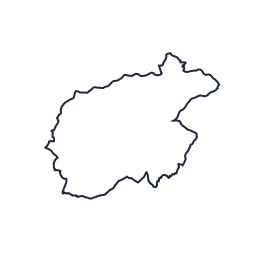 Lazareni, Bihor, Romania, rotated 36°
{"feature_id": "2599482B97627536391850", "entity_name": "Lazareni", "entity_type": "district", "adm_level": 2, "iso_a3": "ROU", "parent_name": "Romania", "parent_adm1": "Bihor", "projection": "albers", "projection_center": [22.063, 46.86], "detail": "fine", "context": "isolated", "style": "outline", "palette": "slate", "viewbox_px": 256, "rotation_deg": 36, "n_neighbors": 0, "source": "geoboundaries", "source_scale": "gbopen_adm2", "svg_char_len": 5834}
<svg xmlns="http://www.w3.org/2000/svg" viewBox="0 0 256 256"><g transform="rotate(36 128 128)"><path d="M114.5,218.7L114.4,218.2L114.1,217.9L114.1,217.7L116.2,217.2L116.9,216.9L117.4,216.2L118.1,215.7L118.3,216.0L119.3,215.5L121.6,215.2L122.0,215.3L122.2,215.0L122.6,214.9L122.9,215.1L123.2,214.7L124.4,214.1L124.9,213.6L125.2,213.7L125.8,213.5L126.2,213.2L126.5,213.3L126.5,213.2L126.4,212.9L127.2,212.8L127.7,213.1L128.3,212.9L130.0,210.7L130.5,210.2L132.6,209.3L134.3,209.2L135.0,208.6L135.7,208.3L138.4,207.6L140.1,206.3L141.4,204.1L142.7,202.5L142.7,201.9L143.1,201.6L144.7,199.6L144.7,199.2L145.6,198.6L146.0,197.9L147.8,196.3L148.6,195.4L148.6,195.1L148.5,194.8L148.8,194.3L148.7,194.0L149.3,191.6L149.7,188.9L150.3,188.0L151.5,185.1L151.4,184.6L151.4,183.6L151.6,182.7L151.3,182.4L151.1,181.3L151.4,180.8L151.4,179.2L151.4,177.8L151.5,177.4L151.6,176.3L151.8,175.8L152.0,175.7L152.4,175.2L154.4,171.4L155.1,169.8L155.8,167.9L158.3,168.0L158.7,167.8L159.8,166.6L163.5,166.6L168.2,166.2L169.7,158.1L169.6,157.6L168.8,153.1L169.1,153.0L170.0,153.3L170.6,153.9L171.7,154.5L172.7,155.5L172.9,155.8L173.0,156.2L175.2,158.1L175.7,158.8L176.2,159.0L176.7,158.9L177.5,159.2L178.3,159.8L179.3,159.8L179.7,159.5L180.4,159.6L181.7,159.9L182.2,159.9L183.3,160.3L183.3,160.5L183.9,160.4L184.2,160.0L185.2,159.4L185.4,158.4L185.4,158.0L185.0,157.1L184.7,156.7L184.3,156.4L183.0,154.2L183.0,153.9L183.7,153.4L184.2,153.1L183.9,152.2L182.9,151.4L182.8,151.0L182.8,150.8L183.2,150.8L183.0,150.2L183.2,149.7L183.3,149.8L183.3,149.2L183.6,149.2L183.8,148.7L184.0,148.7L183.9,148.2L183.7,147.7L183.9,145.9L184.3,145.4L184.3,145.1L185.4,144.5L185.6,144.3L186.3,144.2L186.7,143.9L187.6,144.1L188.0,143.8L188.2,144.1L188.9,144.2L189.0,144.1L190.0,144.4L190.3,144.4L190.3,143.9L190.5,143.6L190.5,143.0L190.4,142.5L190.2,142.2L190.4,142.1L190.6,142.4L190.8,142.3L191.0,141.9L190.9,141.1L191.1,141.1L191.2,139.0L192.1,138.8L192.4,138.6L192.6,138.0L192.8,138.0L192.8,137.8L192.8,137.5L192.6,137.5L193.0,136.5L193.3,136.3L193.5,136.3L193.8,136.1L192.6,132.7L192.4,131.1L192.2,130.6L192.2,130.3L192.4,130.1L192.1,129.5L190.4,128.2L190.0,127.5L190.8,127.0L191.3,127.0L191.5,126.8L192.1,126.6L192.3,126.4L193.1,126.1L194.2,126.1L194.0,125.1L193.8,123.0L193.4,121.2L193.0,119.4L192.6,118.8L191.6,118.2L190.7,117.2L190.1,115.7L189.8,114.2L190.1,111.0L189.5,109.1L189.4,107.4L189.3,106.5L188.7,105.8L188.6,105.3L188.6,104.7L188.8,104.3L189.2,103.7L189.4,103.2L189.5,101.9L189.4,101.6L189.1,101.0L188.9,100.0L188.9,99.3L189.5,97.6L189.4,97.1L189.2,96.6L189.3,95.6L189.0,94.8L188.1,94.0L187.2,92.7L186.1,92.2L185.0,92.2L183.3,92.7L180.5,93.2L177.7,94.1L175.8,94.1L173.3,94.0L171.2,94.0L169.3,93.8L167.5,93.0L166.5,92.4L165.5,92.0L164.7,92.7L164.1,92.8L162.3,93.6L161.3,94.8L160.5,95.3L160.7,94.9L161.3,94.1L161.5,93.5L161.5,91.5L161.7,90.9L161.7,90.4L161.3,89.3L161.3,88.3L160.8,87.5L160.2,84.6L160.6,82.4L161.3,81.5L161.6,80.6L162.0,78.0L162.0,77.3L161.8,75.8L161.6,73.7L161.8,71.9L162.0,70.8L161.9,68.4L162.0,67.8L162.2,67.2L163.2,65.6L164.8,63.4L166.1,60.8L167.4,59.1L168.3,58.7L169.5,58.2L170.6,57.5L171.4,57.3L171.8,56.9L173.0,55.0L173.1,54.6L173.2,53.0L173.9,50.7L175.0,49.0L176.1,47.5L176.4,46.7L176.7,45.9L176.8,43.6L177.0,43.4L176.8,43.3L176.2,40.6L176.3,39.5L176.3,39.3L175.3,39.0L173.6,38.2L170.4,37.7L167.2,37.6L165.6,37.1L163.4,36.8L162.0,37.2L161.0,37.9L160.4,38.7L159.4,39.4L158.7,39.6L157.3,39.5L154.1,38.3L152.9,38.2L152.2,38.3L151.0,38.9L150.5,39.5L149.2,41.7L147.1,43.2L142.8,48.0L141.5,48.7L140.7,48.9L139.0,49.0L138.8,47.4L138.6,47.0L138.3,46.6L137.3,45.8L136.8,46.3L136.6,46.2L136.3,46.4L135.9,46.1L135.4,45.2L136.6,44.4L136.2,43.6L136.1,42.5L136.5,41.8L136.0,41.2L131.8,44.0L130.7,42.5L129.7,43.1L128.3,42.5L126.7,42.1L125.3,42.1L122.1,43.1L120.5,43.2L119.1,43.1L118.6,42.7L118.1,42.7L117.2,43.9L116.4,44.7L115.9,45.4L116.1,45.7L116.2,46.6L116.4,46.8L116.4,47.1L117.0,47.6L117.3,48.3L117.5,48.5L118.2,50.9L118.1,52.4L118.1,53.3L118.3,53.8L118.2,54.2L118.9,56.0L119.0,56.5L118.9,57.1L118.7,57.6L118.4,57.9L118.1,57.8L117.8,58.0L117.7,58.3L117.2,58.8L116.4,59.3L123.3,64.4L122.5,66.5L122.1,66.9L120.2,68.4L118.8,68.9L116.6,68.7L114.7,69.2L114.4,69.5L113.3,71.6L112.3,73.7L111.6,74.8L110.4,76.3L108.9,77.7L107.6,78.4L105.0,78.5L104.4,78.6L102.8,79.4L102.0,80.4L101.1,82.6L100.7,83.4L99.1,84.5L94.7,86.6L94.2,86.9L94.0,87.2L93.7,87.9L93.6,89.1L93.7,89.9L93.6,90.6L92.9,92.9L92.5,93.7L92.2,94.5L91.2,96.3L89.6,97.7L88.5,98.9L88.1,100.2L88.0,101.6L87.6,103.3L87.7,104.1L87.3,105.8L86.5,106.8L85.9,107.4L85.2,108.3L84.5,110.1L82.6,111.6L81.9,111.8L80.3,112.7L79.6,113.4L77.8,114.0L76.3,115.6L76.1,116.2L76.0,116.8L75.6,119.1L75.4,119.7L75.1,120.1L75.1,120.5L75.1,120.9L74.9,121.1L74.6,121.3L74.7,121.9L74.6,123.2L74.4,123.4L72.2,124.7L71.4,125.2L70.8,125.8L68.2,127.5L66.7,127.5L65.9,128.0L64.2,128.6L64.2,129.9L64.3,130.4L65.8,134.2L66.2,135.3L66.2,135.6L66.0,136.4L65.6,137.1L64.5,138.8L63.3,141.8L62.4,143.9L62.1,145.3L61.9,146.8L61.8,148.7L61.9,149.7L62.4,151.7L63.4,153.5L64.1,154.2L64.8,155.2L65.1,155.7L64.9,157.0L64.4,157.5L64.8,161.6L64.9,161.9L65.7,161.9L66.8,162.9L67.5,163.1L67.8,163.5L68.3,165.6L68.3,167.2L69.0,171.6L69.3,173.0L67.4,175.7L69.0,174.9L70.2,176.5L71.9,179.3L73.6,179.4L75.7,181.7L75.8,182.4L75.4,182.9L73.9,183.4L72.1,185.1L72.8,186.9L73.0,189.2L72.8,192.4L74.3,192.0L77.4,191.6L79.2,191.5L79.8,191.6L82.9,192.7L86.6,192.7L88.5,193.5L88.0,194.7L88.0,197.5L88.3,198.5L88.5,200.1L89.5,200.9L90.4,202.5L91.5,203.8L92.9,204.2L93.2,204.2L93.5,204.5L93.3,204.9L93.5,205.1L93.8,205.1L94.2,204.6L95.6,203.6L98.4,202.5L98.8,202.7L98.7,203.2L98.8,203.7L100.8,205.4L101.8,205.9L102.6,206.0L103.8,206.7L104.5,206.8L106.2,206.5L107.9,205.4L109.0,206.6L110.2,208.7L110.8,210.7L111.0,212.0L111.8,215.3L112.3,216.2L112.3,217.3L112.6,218.0L113.4,219.1L113.8,219.2L114.5,218.7Z" fill="none" stroke="#1e293b" stroke-width="2"/></g></svg>